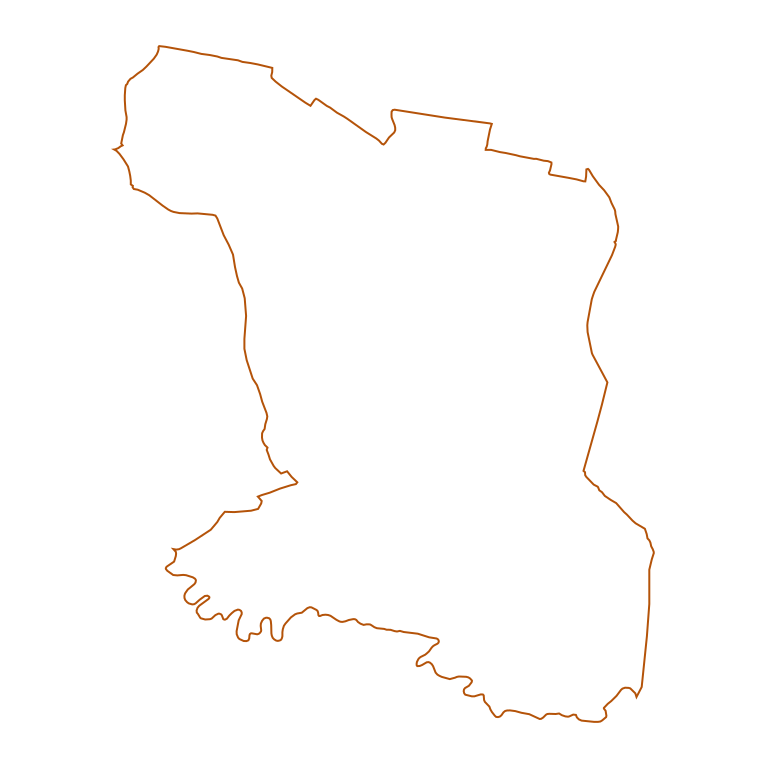 the district of Porumbesti, Satu Mare, Romania
{"feature_id": "2599482B57737468340050", "entity_name": "Porumbesti", "entity_type": "district", "adm_level": 2, "iso_a3": "ROU", "parent_name": "Romania", "parent_adm1": "Satu Mare", "projection": "equal_earth", "projection_center": [22.962, 47.979], "detail": "fine", "context": "isolated", "style": "outline", "palette": "amber", "viewbox_px": 768, "rotation_deg": 0, "n_neighbors": 0, "source": "geoboundaries", "source_scale": "gbopen_adm2", "svg_char_len": 6092}
<svg xmlns="http://www.w3.org/2000/svg" viewBox="0 0 768 768"><path d="M636.5,697.0L641.7,687.0L646.9,636.3L649.3,604.0L649.3,569.7L651.8,559.3L653.8,553.1L653.7,551.8L652.8,549.3L651.2,546.3L650.4,542.6L649.3,540.3L647.5,538.4L646.7,534.1L644.9,528.8L635.6,523.3L632.5,520.6L626.9,514.6L624.1,512.1L616.2,503.1L610.7,499.9L604.8,495.9L602.0,492.2L599.3,490.3L598.1,487.3L597.7,486.7L593.7,484.6L586.3,476.9L585.2,475.2L585.0,472.2L583.5,470.9L597.4,421.5L601.9,404.7L607.4,382.4L592.6,354.8L591.9,353.1L587.6,332.1L587.3,325.3L587.6,322.0L591.8,299.2L593.2,294.9L594.3,291.8L612.0,255.1L615.2,246.7L615.7,244.7L615.5,243.6L614.5,242.0L616.0,240.8L615.9,240.2L617.8,232.1L618.1,229.0L618.2,226.6L615.4,214.0L615.2,211.3L614.7,209.5L611.5,203.0L609.3,197.3L604.1,190.2L599.1,184.9L592.8,176.2L589.0,169.8L588.0,168.9L586.4,169.4L586.1,176.5L585.3,181.4L583.5,181.3L576.6,179.4L568.3,177.8L550.3,174.6L549.2,173.9L548.9,172.8L550.0,170.4L551.5,164.1L551.4,162.5L549.7,161.8L547.8,161.1L543.8,160.7L536.2,158.8L534.0,158.9L520.0,156.3L516.0,155.2L505.7,153.0L500.0,152.1L491.2,149.9L485.7,149.9L485.8,148.3L486.7,146.6L487.3,144.4L487.6,141.3L490.0,129.5L491.8,123.9L489.9,123.4L445.0,117.6L394.6,109.7L392.7,110.1L391.6,111.7L391.5,114.5L391.6,117.2L392.2,119.1L394.6,125.1L395.2,127.8L395.2,130.3L394.2,132.5L389.0,137.5L385.4,142.8L383.6,144.5L381.9,143.8L379.0,140.6L376.3,138.5L365.9,132.0L347.2,118.7L343.8,116.5L337.0,112.7L330.1,107.6L326.8,105.9L318.3,99.8L316.0,98.7L314.5,100.0L310.5,105.8L305.4,102.7L281.8,86.5L275.6,81.6L271.7,77.9L271.3,75.7L272.2,72.1L272.3,67.9L257.7,64.4L250.3,63.0L242.4,61.9L238.0,60.3L221.5,57.9L217.3,56.5L209.7,55.0L201.3,53.9L193.8,52.0L187.8,50.8L165.4,46.8L159.2,46.1L158.5,47.1L158.7,48.9L158.0,51.6L156.7,54.6L153.8,58.7L146.4,66.6L142.8,70.0L137.5,73.7L132.9,77.5L130.5,78.8L128.1,81.6L127.2,84.0L125.9,85.2L125.3,88.0L124.8,95.3L124.8,100.2L125.4,110.4L126.6,117.1L126.6,119.6L126.0,123.8L123.9,132.3L122.9,135.1L121.2,143.5L122.6,145.4L120.7,146.3L118.3,148.1L115.1,149.4L114.2,149.5L116.5,150.8L119.5,153.9L123.5,159.3L128.0,166.5L129.3,171.4L130.2,175.9L130.8,180.6L130.8,184.4L132.9,185.9L132.6,187.3L133.8,189.0L137.7,189.7L144.8,192.7L149.2,195.2L162.6,205.6L168.2,209.5L171.0,211.0L173.5,211.9L179.6,213.1L191.5,213.6L197.6,213.4L212.6,214.8L215.5,215.6L217.3,218.5L223.7,235.2L228.7,244.7L233.0,254.6L235.0,267.0L237.0,276.1L238.9,282.7L242.2,288.6L244.7,298.2L246.1,316.0L244.4,338.9L244.4,348.8L246.7,360.2L252.7,378.6L257.0,385.2L260.1,394.0L262.2,401.7L266.5,412.9L267.3,416.4L266.9,419.0L265.3,424.2L264.6,429.0L263.1,431.1L262.1,433.3L262.0,437.6L262.5,440.5L263.5,442.8L264.9,445.1L267.5,447.6L266.7,449.9L268.5,454.6L270.0,459.4L273.7,466.0L275.3,468.1L281.1,473.5L287.1,471.3L291.7,477.0L297.3,482.3L295.9,484.1L290.9,485.2L280.0,488.6L269.7,492.7L261.7,495.1L257.9,496.6L261.7,501.0L261.2,503.5L258.1,508.9L251.1,510.7L234.3,512.1L224.8,511.8L219.7,517.9L217.3,522.0L210.8,529.7L195.1,540.0L180.9,548.3L179.0,549.2L176.2,549.6L173.4,549.1L175.8,551.8L176.1,553.7L175.8,556.1L174.1,561.6L166.6,566.7L165.8,568.2L165.9,569.0L167.3,570.8L173.2,575.0L177.3,575.4L183.2,574.9L186.1,575.2L192.8,577.3L195.0,578.7L195.7,579.7L195.9,580.5L195.5,582.5L194.4,584.1L187.8,589.5L185.4,592.9L184.9,593.9L184.4,595.8L184.5,598.1L185.3,600.1L187.1,602.2L188.8,603.4L192.2,604.4L194.1,604.2L195.6,603.4L199.7,599.7L204.8,596.0L207.4,595.7L209.0,596.6L209.4,597.2L209.3,597.9L208.6,598.9L199.3,605.7L197.6,607.7L196.6,610.4L196.8,612.6L197.9,613.9L200.2,617.7L200.9,618.3L205.2,619.5L209.9,619.2L211.6,618.6L215.4,615.1L218.3,613.7L219.5,613.7L221.0,614.3L221.8,615.2L223.3,619.1L224.3,619.6L225.1,619.6L226.9,618.7L229.2,615.7L231.7,613.2L234.5,610.9L237.9,609.6L239.5,609.9L241.0,610.9L241.7,612.4L241.7,614.1L238.7,620.3L236.6,631.2L236.7,634.2L238.1,637.6L239.4,639.0L243.7,641.0L246.5,641.1L248.4,640.3L249.2,638.5L249.5,635.2L249.9,634.1L250.8,633.4L251.7,633.3L257.2,634.3L258.8,633.8L260.0,632.8L261.0,631.4L261.2,630.3L260.7,625.9L260.9,623.5L262.1,620.8L263.9,618.6L265.8,617.8L267.0,617.7L269.2,618.3L270.3,619.5L270.8,621.1L271.2,625.1L271.4,633.4L271.8,635.6L272.7,637.8L274.1,639.3L276.2,640.6L277.9,640.9L280.0,640.4L281.2,639.6L282.0,637.9L282.4,636.2L282.4,632.2L282.8,629.3L283.9,625.8L285.5,623.5L290.9,617.4L295.1,614.3L297.2,613.5L301.8,612.7L307.4,608.1L309.8,607.2L311.5,607.4L316.6,610.0L317.7,611.2L318.2,613.0L318.4,615.1L319.1,616.0L320.0,616.0L322.5,615.0L325.5,614.7L328.1,615.0L330.5,615.8L336.4,619.8L339.4,621.4L340.8,621.8L342.5,621.9L345.4,621.3L348.8,620.0L353.3,619.1L354.9,619.2L356.3,619.9L358.0,622.0L360.5,623.7L363.6,624.9L366.7,624.3L369.9,624.4L371.1,625.0L374.4,627.2L376.9,628.2L384.1,628.9L386.5,629.7L390.5,629.8L394.6,631.1L397.0,631.5L399.9,630.9L403.7,632.0L417.8,633.7L429.1,637.3L436.6,638.5L437.8,639.2L438.6,640.3L438.8,641.6L438.5,642.6L437.6,643.6L434.3,645.3L432.9,646.3L431.6,647.7L429.0,651.4L426.8,653.4L425.2,654.7L420.6,657.0L419.3,658.0L418.3,659.2L416.9,662.0L416.6,663.9L416.7,665.3L417.3,666.1L419.7,666.0L422.1,665.0L426.7,662.3L428.5,662.1L429.9,662.6L431.8,664.2L433.1,666.2L435.6,672.6L436.6,673.7L437.4,674.6L439.4,675.8L441.8,676.9L449.8,679.1L455.0,677.7L456.9,676.9L459.0,676.5L466.2,676.8L468.4,677.4L470.0,678.4L471.6,680.1L472.0,680.8L471.6,682.3L468.9,685.8L465.1,688.0L464.0,689.4L463.7,691.2L464.2,693.3L465.3,694.7L471.7,696.3L474.5,696.3L480.8,694.4L482.9,694.5L483.7,695.4L484.1,700.1L484.9,701.9L489.4,706.6L490.4,709.4L491.9,712.0L494.8,715.7L496.1,716.9L498.0,717.1L499.8,716.6L501.4,715.3L503.5,712.3L505.1,711.0L507.0,710.5L510.0,710.4L515.3,711.1L521.5,712.8L529.3,714.2L539.7,719.0L541.2,718.8L543.2,717.5L546.0,714.7L547.3,714.0L549.3,713.8L555.7,714.0L559.1,713.5L561.9,715.2L565.4,716.4L568.0,716.7L569.3,716.4L573.2,714.6L575.9,714.9L576.9,717.4L578.9,719.4L581.6,720.6L594.4,721.9L597.8,721.9L600.4,721.5L602.2,720.4L606.1,717.1L606.4,715.7L605.6,710.8L603.9,708.6L603.9,707.9L607.8,703.8L611.2,701.1L616.5,695.9L621.1,689.8L622.5,688.6L625.1,687.7L628.7,687.9L630.3,688.4L635.3,693.3L636.5,697.0Z" fill="none" stroke="#b45309" stroke-width="2"/></svg>